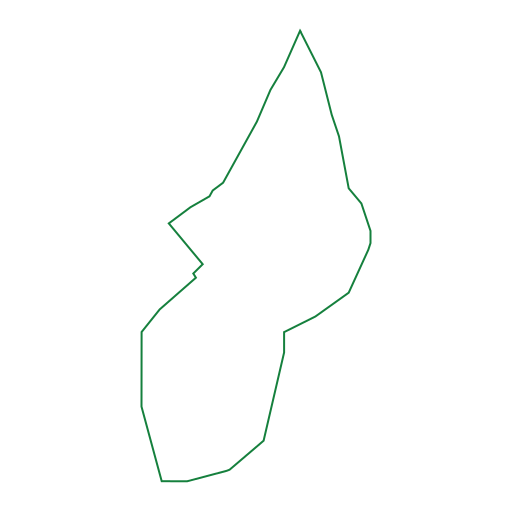 the district of Danew, Chardzhou, Turkmenistan, rotated 270°
{"feature_id": "10190150B82365313393871", "entity_name": "Danew", "entity_type": "district", "adm_level": 2, "iso_a3": "TKM", "parent_name": "Turkmenistan", "parent_adm1": "Chardzhou", "projection": "albers", "projection_center": [63.207, 39.218], "detail": "fine", "context": "isolated", "style": "outline", "palette": "green", "viewbox_px": 512, "rotation_deg": 270, "n_neighbors": 0, "source": "geoboundaries", "source_scale": "gbopen_adm2", "svg_char_len": 581}
<svg xmlns="http://www.w3.org/2000/svg" viewBox="0 0 512 512"><g transform="rotate(270 256 256)"><path d="M422.2,270.5L390.4,256.9L329.3,223.1L321.5,212.7L315.7,209.5L304.8,190.5L288.6,168.8L247.8,202.7L238.5,193.3L234.3,195.9L202.6,159.7L180.0,141.6L105.4,141.5L30.8,161.7L30.7,187.0L41.2,226.7L42.3,229.6L71.3,263.6L159.5,284.1L179.9,284.1L195.5,315.4L219.3,348.7L262.2,368.3L268.9,370.5L281.1,370.5L308.5,361.4L323.7,348.7L375.6,339.0L397.3,331.7L439.7,321.0L480.2,300.6L480.3,300.7L481.3,300.1L444.8,284.0L422.2,270.5Z" fill="none" stroke="#15803d" stroke-width="2"/></g></svg>